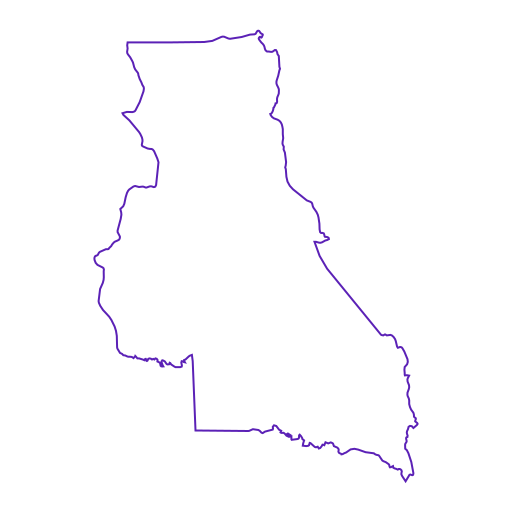 map outline of Est (Natural Earth projection)
{"feature_id": "CMR-1481", "entity_name": "Est", "entity_type": "Province", "adm_level": 1, "iso_a3": "CMR", "parent_name": "Cameroon", "parent_adm1": "", "projection": "natural_earth1", "projection_center": [14.383, 3.885], "detail": "fine", "context": "isolated", "style": "outline", "palette": "violet", "viewbox_px": 512, "rotation_deg": 0, "n_neighbors": 0, "source": "natural_earth", "source_scale": "10m", "svg_char_len": 6035}
<svg xmlns="http://www.w3.org/2000/svg" viewBox="0 0 512 512"><path d="M415.2,421.4L417.2,423.0L417.6,423.9L416.9,425.0L413.4,428.0L411.8,426.2L410.0,425.9L408.6,426.8L408.0,429.1L407.0,431.3L406.8,432.5L407.0,433.8L407.6,435.6L407.4,437.0L406.5,437.3L406.2,437.7L406.1,438.8L406.6,440.8L406.6,441.7L405.3,443.8L405.1,444.8L405.2,448.5L405.5,449.1L406.0,449.4L406.8,450.1L408.4,453.2L411.3,462.0L413.4,473.2L413.1,474.8L412.2,475.2L410.3,474.5L409.5,474.8L405.6,481.3L402.2,476.1L401.4,474.4L401.4,473.4L401.8,471.4L401.4,470.2L400.7,469.5L399.8,469.0L398.7,469.0L397.8,469.6L396.3,468.9L394.6,468.4L393.3,467.7L393.0,466.1L390.9,467.2L389.9,467.3L389.5,466.4L389.2,464.9L388.7,464.2L385.7,462.1L383.4,461.2L382.3,460.5L379.0,455.6L378.3,455.2L376.3,454.8L375.2,454.3L374.3,453.7L373.9,453.3L365.6,452.2L358.2,449.6L354.4,448.8L350.6,449.4L346.1,452.5L344.3,453.2L342.7,454.1L341.7,454.3L341.7,454.1L339.2,453.0L338.6,452.1L338.4,451.7L338.7,449.8L338.5,449.0L338.0,448.3L337.3,447.6L333.9,446.1L333.1,443.8L332.6,443.2L330.8,442.4L328.2,443.4L325.5,442.3L324.3,445.2L323.0,444.7L322.5,444.7L321.6,446.3L320.2,448.0L318.8,448.5L317.7,446.7L316.0,447.3L314.7,446.9L310.5,443.1L309.7,442.9L309.0,445.3L308.2,445.8L306.3,446.1L302.8,445.7L303.2,443.3L304.1,440.4L302.4,439.1L302.2,438.1L301.0,436.1L299.7,434.7L299.1,435.3L299.0,437.8L298.4,438.7L297.1,439.1L291.7,439.8L291.4,439.3L291.4,436.3L289.3,436.7L288.4,436.3L289.0,436.1L290.2,435.0L287.9,433.5L287.2,433.9L287.8,436.3L286.5,435.7L284.8,433.7L283.6,432.8L281.3,432.9L280.5,432.4L281.2,430.8L279.1,429.7L276.3,426.0L274.0,425.3L272.8,426.8L273.0,428.7L272.7,429.6L265.0,431.6L262.7,433.1L261.5,432.7L259.8,430.9L258.4,430.0L252.9,429.2L249.1,430.9L248.2,431.0L195.5,430.5L192.7,361.1L191.9,354.9L189.8,355.7L188.8,356.4L185.5,359.5L184.1,360.0L184.0,360.7L184.9,362.3L183.7,362.0L182.6,361.3L181.7,361.2L181.3,362.6L181.9,365.4L181.7,366.6L180.4,367.1L175.4,367.1L174.4,366.6L171.1,364.4L170.3,363.1L169.7,362.8L169.4,364.0L169.1,364.3L167.3,364.4L166.5,363.9L164.9,361.5L163.2,360.5L162.3,360.3L161.5,361.5L161.6,362.3L162.7,365.4L163.3,366.4L162.2,366.5L161.2,366.3L160.6,365.7L160.1,363.2L159.5,362.5L157.4,361.5L157.6,360.1L156.7,358.8L155.4,358.4L154.4,359.5L153.2,358.9L152.0,359.5L150.9,358.7L149.5,358.4L148.3,358.8L147.5,360.6L146.9,361.0L146.3,360.7L145.8,358.9L145.3,358.9L144.7,359.5L144.3,360.2L143.0,359.6L139.1,358.4L137.4,358.4L135.9,356.6L135.3,356.0L135.2,356.3L133.5,358.1L132.3,357.2L131.0,356.8L128.1,356.7L126.9,356.3L125.3,355.5L123.3,355.2L122.1,353.9L120.0,352.9L117.4,348.6L117.1,347.3L116.8,335.9L116.0,330.9L114.6,326.5L111.4,320.0L109.2,316.7L103.0,310.0L100.3,305.9L98.9,302.8L98.6,301.1L100.1,289.0L102.8,282.9L103.6,279.8L103.8,277.3L103.7,271.3L103.9,269.5L103.5,268.2L102.7,267.5L97.5,264.9L95.7,262.9L94.6,260.1L94.4,258.8L94.5,257.6L94.9,256.6L95.4,256.0L95.7,255.8L96.2,255.8L97.7,255.0L99.0,252.6L100.0,251.8L105.9,249.2L107.8,249.2L108.5,249.0L109.3,247.9L111.2,246.1L112.1,244.5L113.8,242.5L115.0,241.6L117.2,240.7L118.9,239.8L119.6,238.8L119.9,237.7L119.9,236.6L119.5,235.7L117.6,232.1L117.6,230.5L120.7,218.9L121.4,214.7L121.2,212.4L120.3,209.0L123.2,206.3L124.3,203.8L125.7,197.1L127.0,192.9L128.1,190.8L129.2,189.5L133.3,186.6L134.3,186.2L135.2,186.0L139.0,187.0L142.5,186.6L143.5,186.7L145.6,187.5L146.6,187.5L149.7,186.4L150.7,186.3L151.7,186.4L153.6,187.1L154.5,187.0L155.3,186.6L156.1,185.0L158.5,162.3L157.3,158.5L154.1,151.2L152.8,149.6L151.7,149.0L149.7,148.9L147.6,148.5L143.1,146.5L142.0,145.7L141.8,144.8L142.5,141.1L142.4,139.4L141.9,137.4L140.3,134.0L139.1,132.1L129.3,120.3L123.4,114.9L122.5,113.2L126.9,111.9L132.4,112.1L133.9,111.7L134.9,111.1L135.5,110.3L139.7,102.1L143.5,91.3L143.9,88.7L143.7,87.1L142.3,84.8L141.4,82.4L139.7,79.0L138.4,75.2L138.2,73.7L137.9,72.9L135.2,69.4L134.7,68.3L134.2,67.2L133.0,62.6L132.3,61.1L130.2,57.3L127.9,54.3L127.3,53.2L127.1,51.8L127.6,48.5L127.2,45.3L127.6,42.4L170.0,42.4L204.2,42.0L212.3,40.9L221.4,36.9L222.7,36.6L224.1,36.7L228.4,38.5L230.0,38.8L241.7,37.0L250.0,34.6L254.5,34.3L255.6,33.8L256.9,31.6L257.5,30.9L258.3,30.7L259.2,31.0L260.7,33.2L262.7,34.4L262.8,34.9L261.8,37.2L261.4,37.6L261.0,37.6L260.1,36.8L259.7,36.9L259.0,37.7L258.7,38.4L258.9,39.2L259.7,40.4L261.4,42.6L262.7,43.8L263.9,45.4L264.5,47.0L264.9,48.8L265.6,50.4L267.0,51.5L268.5,51.5L271.2,51.9L272.5,51.7L274.9,50.0L276.0,50.1L277.1,52.1L277.5,54.1L278.8,56.0L279.4,66.8L280.0,68.8L279.4,70.3L278.2,75.8L276.7,80.4L276.4,81.9L276.5,83.7L277.0,85.1L278.2,87.5L278.8,89.1L278.9,90.3L278.8,93.4L278.5,94.4L277.3,97.3L277.0,98.9L277.1,101.8L276.7,103.0L275.5,103.4L275.5,104.2L274.7,105.9L273.9,107.5L273.4,107.9L273.3,109.2L272.8,111.0L272.0,112.7L271.0,113.8L270.3,114.0L270.7,115.1L272.0,116.9L273.8,118.3L277.6,119.7L279.4,120.8L280.8,122.4L281.8,124.4L282.4,126.8L282.8,129.1L282.8,134.2L283.2,138.1L282.6,141.8L282.5,143.7L282.8,144.8L283.8,146.7L283.6,149.4L284.9,152.6L286.1,162.1L285.7,165.6L285.2,167.4L285.8,169.1L286.4,176.8L287.5,181.6L289.8,185.8L293.0,189.3L306.8,200.4L310.6,201.9L311.7,202.7L312.2,203.7L312.8,206.2L313.4,207.6L316.4,211.9L317.8,214.8L318.5,217.5L319.4,223.6L319.6,229.4L320.1,232.1L321.1,233.0L322.5,232.9L323.8,233.4L324.3,234.8L324.6,236.3L325.1,236.9L326.4,236.9L327.7,237.2L328.7,238.0L328.9,239.1L327.2,240.0L325.3,240.5L321.9,242.4L320.2,242.8L318.8,242.6L316.0,241.8L314.5,241.8L319.6,255.9L327.1,268.7L380.8,334.5L381.4,335.0L383.2,335.4L385.0,334.4L385.5,334.6L386.8,335.4L390.5,334.9L392.0,335.5L393.7,337.1L395.1,339.2L395.8,341.2L397.0,346.3L397.5,347.3L397.9,347.8L400.0,347.0L400.9,347.1L401.8,347.5L402.5,348.4L404.3,351.5L407.5,359.2L407.8,361.9L407.1,364.3L404.7,367.0L404.4,369.7L404.7,373.1L404.7,374.5L404.9,375.4L407.0,375.2L409.1,375.6L407.7,378.4L407.4,379.5L407.6,381.6L409.0,385.1L409.2,387.2L408.8,389.1L407.5,392.6L407.4,394.8L407.7,396.1L408.8,398.5L409.2,400.4L409.2,404.1L410.0,407.1L411.1,409.6L413.4,412.8L413.9,414.6L414.0,416.6L414.3,417.1L415.8,418.3L415.8,419.2L415.3,420.5L415.2,421.4Z" fill="none" stroke="#5b21b6" stroke-width="2"/></svg>